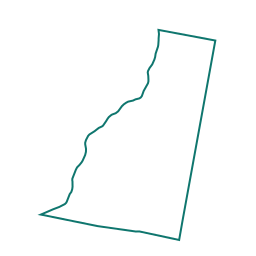 outline of Henderson, Illinois, United States of America, rotated 10°
{"feature_id": "52423323B60960252709384", "entity_name": "Henderson", "entity_type": "district", "adm_level": 2, "iso_a3": "USA", "parent_name": "United States of America", "parent_adm1": "Illinois", "projection": "albers", "projection_center": [-91.022, 40.853], "detail": "fine", "context": "isolated", "style": "outline", "palette": "teal", "viewbox_px": 256, "rotation_deg": 10, "n_neighbors": 0, "source": "geoboundaries", "source_scale": "gbopen_adm2", "svg_char_len": 999}
<svg xmlns="http://www.w3.org/2000/svg" viewBox="0 0 256 256"><g transform="rotate(10 128 128)"><path d="M198.8,26.7L141.0,26.1L142.2,30.1L142.6,34.5L142.9,36.2L143.4,41.0L143.4,42.7L142.3,50.0L142.4,53.4L142.1,56.0L140.8,61.2L138.8,65.2L137.8,68.5L137.8,69.9L138.9,73.1L139.7,76.7L140.0,78.5L139.9,80.5L137.0,88.8L136.1,94.1L135.3,95.7L134.0,96.9L130.4,98.5L128.2,100.1L123.6,102.0L121.8,103.4L119.6,105.6L118.9,106.7L118.3,107.4L115.4,113.3L113.3,115.6L110.0,117.5L109.2,118.2L107.2,120.6L106.3,122.4L105.2,125.2L103.0,130.0L102.2,130.9L99.2,133.0L95.6,137.0L91.1,141.1L90.1,142.7L88.7,147.2L88.4,150.0L88.7,151.5L90.3,155.9L90.7,158.8L90.5,162.1L89.0,168.0L88.3,169.8L86.7,172.7L84.7,175.6L83.9,178.1L82.0,187.6L82.2,189.2L82.6,190.3L83.6,195.5L83.7,197.9L83.3,200.8L83.1,201.2L82.1,203.2L80.6,210.7L80.2,212.2L79.6,213.1L79.0,213.9L74.0,217.7L68.3,221.1L57.2,228.4L115.0,229.9L153.6,228.6L157.1,227.9L197.8,229.4L197.8,209.1L198.8,26.7Z" fill="none" stroke="#0f766e" stroke-width="2"/></g></svg>